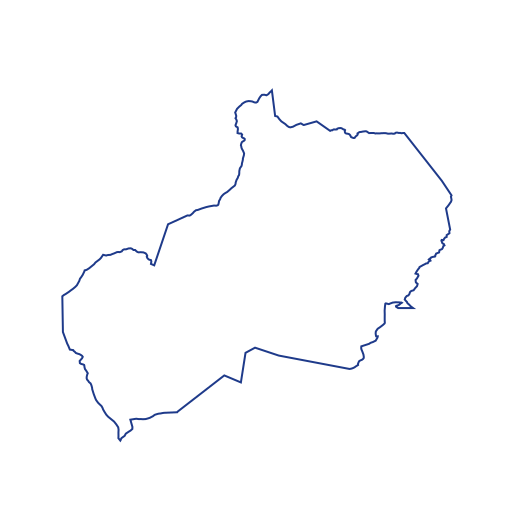 outline of Santa María Ozolotepec, Oaxaca, Mexico, rotated 81°
{"feature_id": "50627088B11851722089063", "entity_name": "Santa María Ozolotepec", "entity_type": "district", "adm_level": 2, "iso_a3": "MEX", "parent_name": "Mexico", "parent_adm1": "Oaxaca", "projection": "equal_earth", "projection_center": [-96.359, 16.098], "detail": "fine", "context": "isolated", "style": "outline", "palette": "blue", "viewbox_px": 512, "rotation_deg": 81, "n_neighbors": 0, "source": "geoboundaries", "source_scale": "gbopen_adm2", "svg_char_len": 6084}
<svg xmlns="http://www.w3.org/2000/svg" viewBox="0 0 512 512"><g transform="rotate(81 256 256)"><path d="M210.8,60.7L157.7,90.3L157.5,91.9L157.5,93.2L157.0,94.2L156.9,95.0L156.8,95.8L156.2,97.2L156.1,98.2L156.2,99.0L156.6,99.5L156.8,99.8L156.8,100.7L156.7,101.5L156.2,102.9L156.0,105.6L155.8,106.6L155.2,108.0L154.9,109.0L154.6,110.9L154.3,113.4L154.3,114.3L153.9,116.9L153.7,117.6L153.7,118.8L153.5,119.2L152.9,120.5L152.7,121.8L152.4,124.1L152.3,125.1L152.0,125.4L150.9,126.6L150.3,127.2L150.0,127.9L149.9,128.5L149.8,131.0L149.9,132.7L149.8,134.3L150.0,135.0L150.4,135.6L150.6,136.1L150.7,136.5L150.8,136.6L151.7,136.5L152.2,136.8L152.9,137.7L153.2,138.4L153.8,139.2L154.7,140.0L154.8,140.4L154.8,140.7L154.7,141.3L153.6,143.2L153.2,143.6L151.6,144.0L150.5,144.7L150.0,145.3L149.4,146.8L149.2,147.6L148.9,148.1L148.4,148.6L147.8,148.8L147.1,148.8L146.3,148.7L145.6,148.3L145.3,148.5L145.1,148.7L144.8,149.5L144.5,150.0L143.2,151.5L142.8,152.6L142.7,154.6L143.0,155.9L143.6,156.3L143.6,156.8L143.4,158.5L143.2,158.9L143.1,159.1L143.3,160.0L143.7,160.9L143.8,161.2L143.6,161.6L143.6,161.9L143.6,162.2L143.8,162.6L144.0,163.2L132.5,175.1L134.1,188.2L134.0,188.6L132.0,191.0L132.8,195.6L134.1,199.3L134.3,202.0L133.7,203.4L132.4,204.8L130.3,206.4L127.0,209.9L124.4,211.6L121.6,213.0L120.7,215.2L94.9,214.4L96.0,215.8L96.6,216.9L98.0,218.4L98.9,220.5L98.0,222.6L97.8,224.9L99.0,226.5L100.7,228.1L104.0,230.5L104.5,232.0L104.0,233.6L102.8,235.5L102.2,237.4L101.8,239.2L101.9,241.6L102.4,243.4L103.5,245.9L104.6,247.0L105.8,249.1L107.7,251.7L111.0,254.1L112.9,253.8L114.5,253.6L115.7,253.9L116.7,254.7L118.0,254.1L119.8,253.8L121.7,254.7L123.6,255.8L124.8,255.6L126.1,254.0L127.8,254.0L130.1,254.7L131.7,255.0L132.4,253.5L132.7,251.5L133.9,250.7L135.5,251.5L136.6,251.2L137.4,250.3L137.8,249.5L138.7,248.8L139.8,249.1L140.3,249.8L141.1,251.8L141.7,252.4L143.2,253.2L144.3,253.6L145.4,253.4L146.8,253.4L148.1,253.1L149.9,252.4L151.5,252.0L152.8,251.7L154.8,252.3L157.7,253.7L158.8,253.9L160.8,254.7L162.3,255.4L163.3,255.6L164.8,256.2L166.9,258.2L169.5,259.2L171.7,259.6L172.8,259.9L173.4,260.1L174.5,261.1L176.0,261.8L177.8,263.3L180.3,264.6L181.2,264.8L181.9,265.1L183.1,265.9L185.2,269.7L186.5,271.6L188.3,274.5L189.0,276.4L189.9,278.3L191.4,280.3L192.9,281.8L194.2,282.5L195.9,283.9L197.7,284.5L199.4,285.2L199.9,285.9L200.1,287.4L199.6,289.6L199.7,294.7L199.9,297.4L200.6,302.3L201.4,306.3L201.4,308.1L202.6,310.3L203.8,311.7L204.5,312.8L205.3,314.1L205.7,315.2L205.2,317.4L210.9,337.9L249.3,358.0L247.4,361.0L244.9,360.2L243.6,360.4L243.0,361.9L242.5,362.6L241.1,363.6L239.6,364.0L238.9,363.4L237.4,363.8L236.1,364.6L234.8,366.7L234.2,369.4L234.0,371.5L233.4,372.6L232.2,373.7L231.2,374.4L230.9,376.1L229.6,377.2L228.8,378.5L228.6,380.7L229.1,383.4L228.8,385.2L229.3,386.8L230.4,387.8L230.9,390.0L230.6,390.9L230.4,392.6L231.3,396.0L231.6,397.7L232.1,399.6L231.9,401.6L231.9,402.9L232.1,403.9L230.9,406.8L233.8,409.6L234.9,411.1L237.3,415.6L238.8,417.2L242.0,422.7L243.2,425.5L243.4,427.5L244.3,427.9L247.5,430.1L249.7,432.1L250.9,433.4L252.9,434.4L256.9,437.5L258.3,439.4L259.8,441.9L261.1,444.5L262.1,446.3L263.2,448.7L263.8,450.0L264.5,451.9L265.5,453.6L300.9,458.6L312.9,456.2L315.5,455.4L319.3,454.5L320.4,451.2L321.2,451.0L322.2,450.0L323.6,449.1L324.4,447.7L324.9,446.7L325.3,445.8L326.3,444.5L327.4,443.4L328.5,442.9L329.8,443.8L332.1,446.6L334.3,446.7L335.3,445.5L336.0,443.8L336.7,442.8L337.8,442.7L338.7,442.8L340.9,442.6L342.6,441.7L345.5,440.5L346.8,441.3L348.5,442.0L350.1,442.4L351.6,442.2L353.0,441.3L354.4,440.7L356.0,439.3L357.9,438.8L360.5,438.5L362.0,438.6L366.8,437.9L371.7,436.9L373.4,436.4L376.3,434.9L378.2,433.5L380.0,432.1L381.8,431.4L383.7,431.0L386.3,430.0L389.3,428.7L391.6,427.2L397.3,422.1L400.5,420.3L403.6,418.9L406.0,418.9L408.9,419.5L412.4,420.0L414.4,420.4L417.1,418.9L416.5,418.4L415.7,418.0L414.8,417.3L413.1,413.9L411.1,412.4L409.4,408.7L408.8,407.2L407.5,405.2L405.5,404.8L398.0,405.7L398.0,399.8L398.8,397.1L399.0,395.4L399.5,393.3L399.8,390.5L399.5,388.0L399.2,386.1L398.6,384.4L398.1,382.8L397.5,381.8L397.0,380.7L396.8,379.4L396.6,378.0L396.5,376.7L396.6,374.8L396.5,373.1L396.5,371.4L398.0,358.3L397.3,357.5L369.0,306.0L378.5,290.7L350.0,281.5L346.4,271.3L357.9,249.1L382.2,181.3L382.2,179.9L382.0,178.3L381.7,177.1L381.3,175.9L380.7,174.8L379.6,172.2L378.6,172.2L377.7,171.7L376.7,171.1L375.9,170.4L375.4,169.0L375.1,167.6L374.3,166.2L373.5,165.5L372.3,165.3L370.1,165.3L366.6,166.0L364.7,166.5L363.3,166.5L361.7,166.1L360.7,159.7L360.4,157.9L359.7,156.5L359.2,153.7L358.7,152.3L358.4,151.1L355.6,148.8L354.4,148.3L354.1,149.9L352.7,150.0L350.9,149.9L349.2,149.4L346.9,147.2L345.7,144.6L343.9,141.3L342.7,139.5L341.6,139.1L340.7,139.1L337.4,138.6L333.9,138.0L330.1,137.5L325.9,136.5L323.3,135.7L323.1,135.2L323.5,134.2L324.3,132.4L324.2,131.7L323.9,130.9L323.7,129.7L323.4,128.3L323.5,125.7L323.9,123.3L324.1,122.2L324.5,120.8L324.7,119.7L325.0,119.3L325.3,119.8L325.4,120.6L325.7,121.3L326.1,121.4L326.5,122.1L326.8,122.9L327.0,123.9L327.1,124.8L327.4,125.6L327.9,125.6L328.4,125.3L328.8,124.7L329.7,123.7L330.2,120.3L332.0,109.0L330.1,110.9L327.8,112.5L326.3,113.8L325.0,114.1L323.9,114.9L322.3,115.9L320.6,115.1L319.1,113.4L318.8,111.7L317.5,110.4L316.2,109.8L315.5,109.3L314.8,108.0L314.5,105.7L312.6,103.8L311.0,101.7L308.9,100.7L307.1,102.2L305.7,102.2L304.6,102.1L303.4,100.6L300.9,98.6L299.3,98.9L299.1,99.6L298.3,101.2L296.7,100.0L294.6,98.1L293.4,96.7L292.5,96.2L292.0,94.9L291.7,94.0L291.2,92.8L290.5,90.5L290.0,89.3L290.0,87.5L288.4,86.2L287.9,84.4L287.1,84.7L286.4,85.7L285.8,84.9L285.6,84.0L284.9,83.4L284.6,82.1L284.5,80.8L284.6,79.4L284.1,78.9L283.5,78.9L282.6,78.2L281.8,77.7L281.1,74.6L279.0,73.9L278.7,73.2L278.5,72.0L278.2,71.1L277.1,70.2L275.5,69.4L275.0,68.2L273.4,68.7L273.0,69.5L272.1,70.1L271.5,70.1L269.9,70.5L269.2,70.1L269.7,68.4L268.3,67.4L267.4,66.4L267.0,64.7L266.2,64.6L265.2,64.4L263.8,61.4L263.0,61.3L262.1,61.3L261.3,61.0L260.3,60.1L238.7,60.9L236.3,58.2L235.3,57.2L233.9,55.9L232.9,54.9L231.3,54.1L229.3,54.1L227.9,54.2L226.7,53.4L210.8,60.7Z" fill="none" stroke="#1e3a8a" stroke-width="2"/></g></svg>